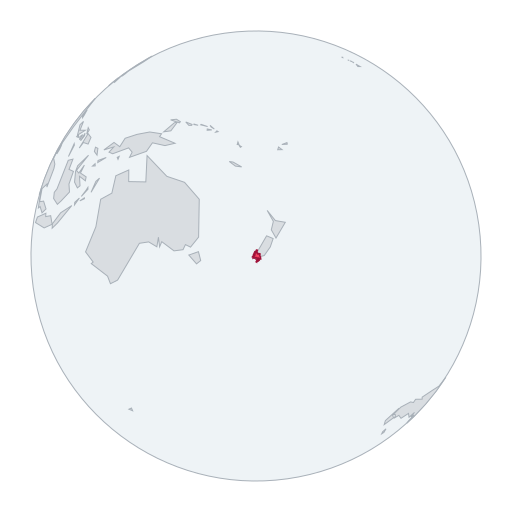 Southland highlighted on a globe, orthographic projection, rotated 352°
{"feature_id": "NZL-3408", "entity_name": "Southland", "entity_type": "Regional Council", "adm_level": 1, "iso_a3": "NZL", "parent_name": "New Zealand", "parent_adm1": "", "projection": "orthographic", "projection_center": [167.625, -45.772], "detail": "fine", "context": "on_globe", "style": "filled", "palette": "rose", "viewbox_px": 512, "rotation_deg": 352, "n_neighbors": 0, "source": "natural_earth", "source_scale": "10m", "svg_char_len": 7977}
<svg xmlns="http://www.w3.org/2000/svg" viewBox="0 0 512 512"><g transform="rotate(352 256 256)"><circle cx="256" cy="256" r="225" fill="#eef3f6" stroke="#a8b0b8"/><path d="M302.4,148.0L302.6,149.5L302.3,149.6L302.4,148.0ZM390.1,437.0L382.1,442.6L384.2,440.4L390.4,435.4L386.9,436.8L391.2,432.9L385.1,437.0L385.1,433.1L377.0,436.9L375.3,433.7L369.8,435.9L371.7,434.0L371.8,432.3L369.5,432.4L378.4,425.8L388.8,422.0L391.5,423.0L394.1,420.1L400.6,420.9L400.9,418.9L413.4,412.9L419.1,410.3L427.2,402.5L415.7,414.9L403.3,426.4L390.1,437.0ZM383.3,82.6L381.7,79.9L385.5,82.9L383.3,82.6ZM378.9,77.4L379.9,78.5L378.7,77.4L378.9,77.4ZM376.8,76.0L378.3,77.0L376.7,76.1L376.8,76.0ZM374.1,74.6L375.5,75.3L375.4,75.3L374.1,74.6ZM369.6,71.7L368.4,70.9L369.6,71.3L369.6,71.7ZM361.2,437.0L376.5,426.6L369.0,432.4L369.7,435.3L359.5,440.8L361.2,437.0ZM360.7,445.2L358.1,448.5L355.7,449.6L357.0,447.6L360.7,445.2ZM144.5,60.3L141.2,62.3L133.7,66.9L137.4,64.5L144.5,60.3ZM118.1,77.9L118.8,77.5L113.4,82.8L92.9,103.0L80.4,116.5L78.5,119.3L76.4,120.8L69.2,131.0L69.6,137.0L68.0,141.4L58.5,158.7L59.1,155.6L53.5,159.5L49.3,172.1L53.3,172.1L54.6,180.2L50.1,183.5L49.1,177.0L47.2,178.1L50.1,167.8L52.9,158.6L49.8,165.2L56.8,150.8L64.8,136.9L73.7,123.7L83.5,111.1L94.3,99.2L105.8,88.1L118.1,77.9ZM108.8,390.0L111.5,389.2L112.3,392.1L108.8,390.0ZM89.2,176.9L94.1,174.5L94.1,175.4L89.2,176.9ZM84.0,177.6L89.2,174.0L83.4,180.1L84.0,177.6ZM91.3,172.7L96.7,167.4L99.1,164.6L98.9,166.5L91.3,172.7ZM80.6,180.4L64.0,195.7L58.0,200.1L58.9,195.7L68.6,186.0L80.6,180.4ZM58.5,196.2L50.1,198.7L42.3,192.2L45.0,187.0L53.9,184.4L53.2,187.7L58.3,187.5L58.5,196.2ZM80.8,158.7L80.2,166.7L70.6,174.4L66.5,177.2L63.6,170.9L65.1,164.9L68.3,161.8L83.4,135.1L88.2,134.6L82.9,144.2L87.0,146.8L80.8,158.7ZM91.6,120.9L84.1,131.4L91.6,119.4L91.6,120.9ZM97.2,111.3L96.6,113.9L95.0,112.9L97.2,111.3ZM76.4,123.0L72.9,127.2L73.8,125.4L78.9,119.1L76.4,123.0ZM109.2,87.7L105.5,92.6L103.5,94.9L103.7,93.3L109.2,87.7ZM269.3,237.5L275.4,241.1L271.4,249.0L264.2,256.7L253.4,257.8L269.3,237.5ZM196.0,255.5L189.6,245.7L199.6,243.7L200.6,252.8L196.0,255.5ZM274.8,232.2L278.0,224.1L273.4,212.4L280.1,223.6L289.7,226.7L278.3,241.0L274.8,232.2ZM142.3,227.2L115.6,260.6L108.0,263.2L106.2,255.3L91.8,240.6L93.9,239.3L87.8,228.2L101.5,204.8L110.1,178.2L122.0,173.7L128.4,157.0L142.0,153.1L140.3,164.6L157.2,167.3L162.1,141.4L178.8,164.7L195.5,173.1L207.7,191.9L201.8,229.3L192.4,238.1L187.7,234.9L184.6,239.6L175.5,239.5L164.7,228.7L161.8,233.5L162.0,223.8L159.1,233.1L151.7,227.1L142.3,227.2ZM242.7,158.7L246.4,159.8L254.2,165.8L248.1,164.1L242.7,158.7ZM293.5,151.2L296.6,154.3L292.3,153.8L293.5,151.2ZM302.3,149.6L297.1,149.2L302.4,148.0L302.3,149.6ZM254.5,143.8L256.8,145.7L255.6,146.2L254.5,143.8ZM252.9,143.0L254.0,140.5L254.7,143.3L252.9,143.0ZM233.2,127.8L234.7,126.6L235.8,127.6L233.2,127.8ZM101.5,170.0L107.8,159.8L111.9,157.1L101.5,170.0ZM229.8,125.0L225.1,124.7L225.4,123.4L229.8,125.0ZM229.5,122.0L228.7,120.2L232.4,124.5L229.5,122.0ZM220.0,118.0L226.1,121.1L219.5,118.4L220.0,118.0ZM216.9,118.5L212.8,117.2L213.0,116.7L216.9,118.5ZM177.1,124.4L191.5,133.1L181.2,134.0L169.2,129.5L162.1,137.1L144.5,140.7L147.8,135.9L144.9,131.2L128.3,134.8L124.9,132.7L130.4,128.2L120.1,129.8L131.2,123.8L136.3,128.8L142.8,121.2L155.1,119.0L168.0,118.4L179.5,121.8L177.1,124.4ZM132.3,139.0L134.4,138.3L132.8,141.1L132.3,139.0ZM205.1,113.5L211.0,116.8L210.5,117.7L207.7,117.3L205.1,113.5ZM181.9,120.2L193.7,112.7L196.8,112.5L189.1,120.2L181.9,120.2ZM190.4,109.3L196.3,109.5L199.8,112.5L198.7,113.5L190.4,109.3ZM109.5,142.2L109.3,144.4L106.6,144.2L109.5,142.2ZM112.9,139.4L121.4,137.6L112.3,141.4L112.9,139.4ZM90.1,146.2L92.1,149.2L98.7,142.1L93.7,149.4L98.8,154.0L97.5,157.8L92.3,152.5L91.5,162.0L88.6,163.7L86.6,157.6L89.1,147.1L92.0,141.8L104.2,132.9L90.1,146.2ZM112.6,134.0L110.5,130.0L112.2,125.9L114.4,127.4L112.6,134.0ZM105.3,121.8L100.9,119.6L96.0,124.5L106.8,111.5L109.1,115.6L105.3,121.8ZM103.0,113.0L98.3,117.5L103.8,110.6L103.0,113.0ZM97.6,116.5L98.1,113.4L101.3,111.7L97.6,116.5ZM105.3,111.8L107.7,105.5L108.5,107.9L105.3,111.8ZM99.2,107.0L104.5,107.7L96.0,111.5L100.0,101.5L103.9,98.7L99.2,107.0ZM148.3,59.3L149.8,58.0L154.5,55.7L152.2,57.2L148.3,59.3ZM181.1,43.5L180.2,44.0L171.3,48.3L156.2,54.8L144.4,60.9L146.1,60.2L140.0,64.4L139.5,63.7L150.7,57.2L159.0,53.2L164.0,50.6L172.4,47.0L176.3,45.3L178.3,44.5L181.1,43.5Z" fill="#d9dde1" stroke="#a8b0b8" stroke-width="1"/><path d="M260.2,259.4L260.2,259.5L259.9,259.4L259.9,259.6L259.5,259.5L259.4,259.5L259.3,259.1L258.8,259.2L258.7,259.1L258.8,259.2L258.7,259.2L258.8,259.3L258.6,259.3L258.1,259.3L258.2,259.2L258.3,259.2L258.5,259.2L258.4,259.1L258.2,259.1L258.1,259.4L257.9,259.2L257.7,259.0L257.9,259.0L258.1,258.9L258.1,258.6L257.9,258.5L258.0,258.6L257.9,258.7L257.9,258.8L257.6,258.3L257.6,258.2L257.2,258.3L256.9,258.4L256.7,258.4L256.6,258.5L256.6,258.4L256.4,258.3L256.3,258.2L256.2,257.8L256.2,257.7L255.9,257.5L255.5,257.5L255.4,257.8L255.1,258.0L254.9,257.9L254.8,258.0L254.7,257.9L253.7,257.8L253.5,257.7L253.4,257.5L253.5,257.4L253.7,257.2L253.8,256.9L254.0,256.9L254.2,256.7L253.8,256.9L253.7,257.0L253.4,257.2L253.2,257.3L253.3,257.1L253.4,256.9L253.5,256.8L253.7,256.7L253.8,256.6L253.6,256.7L253.4,256.7L253.6,256.4L253.5,256.5L253.4,256.6L253.3,256.8L253.0,256.9L252.9,257.0L252.8,256.9L252.8,256.3L252.8,256.2L253.1,256.1L253.3,256.1L253.2,256.2L253.3,256.2L253.6,256.1L253.9,256.0L254.0,256.0L254.1,255.9L254.3,255.8L254.3,255.7L254.2,255.8L254.0,255.7L253.7,255.8L253.7,255.6L254.0,255.5L253.7,255.6L253.7,255.4L254.0,255.2L254.3,255.2L254.2,255.2L254.3,255.1L254.4,254.9L254.1,255.1L253.8,255.2L253.7,255.2L253.6,255.3L253.5,255.2L253.6,254.9L253.6,254.6L253.8,254.5L254.0,254.7L253.7,254.4L253.8,254.2L254.0,254.1L254.2,254.3L254.3,254.3L254.4,254.5L254.5,254.6L254.8,254.8L254.8,254.7L254.7,254.5L254.4,254.3L254.5,254.2L254.8,254.1L255.0,254.3L255.1,254.2L254.9,254.2L255.0,254.0L254.9,254.0L254.7,254.0L254.4,254.0L254.4,253.8L254.3,253.7L254.5,253.5L254.8,253.7L254.7,253.6L254.5,253.4L254.4,253.4L254.5,253.2L254.8,253.3L254.8,253.5L254.8,253.3L255.0,253.3L254.8,253.2L254.7,253.1L254.7,252.9L254.8,252.9L255.0,253.0L254.8,252.8L254.9,252.7L255.0,252.6L255.3,252.3L255.5,252.5L255.6,252.9L255.6,252.7L255.5,252.3L255.5,252.1L255.8,252.1L255.8,252.4L255.8,252.5L255.8,252.4L255.9,252.2L255.8,251.9L256.0,252.0L255.9,251.8L255.9,251.7L256.1,251.6L256.4,251.4L256.5,251.4L256.7,251.6L256.9,251.8L256.9,251.7L256.6,251.4L256.6,251.1L256.9,250.7L257.1,250.5L257.1,250.4L257.4,250.3L257.4,250.2L257.6,250.1L257.9,250.2L258.0,250.3L258.1,250.5L258.0,251.0L257.8,251.1L257.7,251.2L257.6,251.4L257.6,251.5L257.5,251.8L257.5,252.0L257.5,252.3L257.4,252.4L257.4,252.7L257.5,252.8L257.6,253.0L257.8,253.1L257.7,253.5L257.8,253.9L257.9,254.0L258.0,254.2L258.3,254.2L258.8,254.0L259.2,254.6L259.4,254.7L259.5,254.6L259.8,254.2L260.0,254.2L260.3,254.5L260.2,254.8L260.0,255.3L259.8,255.6L259.8,255.8L259.8,256.0L259.8,256.3L260.0,256.5L260.0,256.8L260.0,257.0L260.1,257.3L260.3,257.8L260.2,258.0L260.2,258.3L260.2,258.6L260.3,258.9L260.3,259.0L260.2,259.2L260.2,259.4ZM257.5,261.0L257.4,261.2L257.4,261.3L257.1,261.3L256.7,261.6L256.4,261.5L256.4,261.4L256.2,261.6L256.3,261.6L256.2,261.8L255.8,261.9L255.7,261.9L255.7,261.7L255.8,261.6L256.0,261.4L256.0,261.1L256.3,261.0L256.3,260.9L256.3,260.7L256.5,260.5L256.5,260.3L256.4,260.1L256.4,259.9L256.4,259.7L256.6,259.6L256.8,259.6L257.0,259.7L257.3,260.1L257.4,260.3L257.5,260.3L257.5,260.5L257.2,260.5L257.2,260.4L257.1,260.5L256.9,260.7L257.0,260.7L257.4,260.7L257.4,260.8L257.6,260.7L257.7,260.8L257.7,261.0L257.5,261.0ZM253.5,255.4L253.6,255.6L253.6,255.8L253.4,255.8L253.3,255.6L253.2,255.6L253.0,255.8L252.9,255.8L253.0,255.7L253.5,255.4ZM254.2,253.6L254.3,253.9L254.4,254.2L254.2,254.2L254.0,253.9L254.2,253.6ZM258.6,259.8L258.6,260.0L258.5,259.9L258.6,259.8ZM256.2,260.0L256.1,259.9L256.3,259.9L256.2,260.0ZM255.4,261.7L255.5,261.6L255.5,261.8L255.4,261.7Z" fill="#f43f5e" stroke="#9f1239" stroke-width="1.5"/></g></svg>